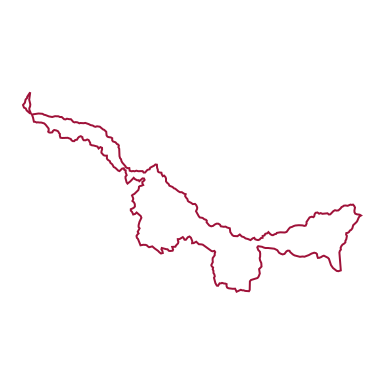 outline of Vereda, Bahia, Brazil
{"feature_id": "56859067B58491495992531", "entity_name": "Vereda", "entity_type": "district", "adm_level": 2, "iso_a3": "BRA", "parent_name": "Brazil", "parent_adm1": "Bahia", "projection": "mercator", "projection_center": [-40.011, -17.127], "detail": "fine", "context": "isolated", "style": "outline", "palette": "rose", "viewbox_px": 384, "rotation_deg": 0, "n_neighbors": 0, "source": "geoboundaries", "source_scale": "gbopen_adm2", "svg_char_len": 6029}
<svg xmlns="http://www.w3.org/2000/svg" viewBox="0 0 384 384"><path d="M161.4,172.7L159.8,172.5L158.5,172.1L157.8,171.0L157.8,169.7L157.1,167.8L156.9,164.7L155.4,164.5L154.2,165.6L150.2,167.7L149.6,169.3L148.2,169.6L147.1,170.2L145.1,172.5L143.6,172.5L142.6,171.1L138.2,171.2L136.4,170.7L134.6,171.3L133.1,171.0L131.6,171.3L129.7,170.7L129.3,168.1L127.9,168.2L126.1,167.5L125.5,166.3L122.3,162.6L121.5,161.2L121.0,159.2L120.1,158.2L119.5,156.2L119.2,148.7L118.4,147.1L118.9,145.8L118.3,144.6L117.2,144.2L115.5,142.3L112.9,141.4L112.2,140.3L112.2,138.2L110.8,137.4L109.0,137.2L107.5,136.7L106.6,135.5L106.2,131.7L104.1,129.8L103.0,129.4L99.8,126.7L97.0,126.3L95.5,126.8L94.3,126.5L92.7,125.5L90.6,125.1L88.7,124.1L85.2,122.9L83.8,123.2L80.4,123.0L79.3,123.3L77.6,122.4L75.7,122.1L74.5,122.4L73.3,121.9L70.9,119.2L69.2,119.2L66.9,118.7L65.6,119.4L64.1,119.2L61.7,117.0L59.9,117.0L58.4,116.3L55.0,116.2L52.2,117.0L48.9,116.4L45.6,115.1L43.9,114.7L42.5,113.8L38.5,113.5L31.9,114.5L33.0,117.5L33.9,121.7L35.4,121.9L36.6,122.5L37.8,122.3L39.3,122.5L41.1,122.5L44.2,123.4L45.6,124.7L48.6,128.5L48.7,130.3L48.2,131.7L49.2,132.5L50.7,132.6L52.3,132.3L53.0,130.9L54.2,130.0L56.5,130.5L58.2,131.4L59.0,133.0L59.9,134.0L59.8,135.6L60.4,137.7L62.3,138.0L67.7,137.8L70.8,139.0L71.5,140.3L72.8,141.1L74.3,141.1L75.2,140.0L77.0,139.7L78.1,137.8L79.2,136.8L80.8,136.2L82.4,137.2L82.5,138.5L83.6,140.2L85.6,140.3L87.2,139.5L88.6,140.0L90.2,142.9L90.3,144.5L91.9,145.3L93.6,145.5L97.5,146.6L98.6,148.5L100.4,147.1L102.0,147.8L102.1,149.4L101.5,151.2L101.4,152.7L103.6,155.2L105.1,155.7L106.9,155.7L106.9,158.6L107.7,159.7L109.9,161.2L110.3,162.7L112.3,164.4L113.7,167.0L115.3,167.8L118.2,170.6L119.5,171.1L122.1,168.6L123.8,168.3L124.3,169.8L125.7,170.4L125.6,172.3L126.7,175.2L125.5,176.6L125.5,178.2L126.6,182.3L127.5,183.6L130.4,181.3L133.7,177.8L134.8,179.0L137.2,180.3L138.6,180.2L139.3,181.2L142.5,178.4L144.0,178.5L144.6,179.9L143.8,180.9L142.3,182.0L142.4,183.5L143.2,185.0L141.3,185.8L140.1,186.0L139.0,186.7L138.8,188.6L138.3,190.1L134.4,193.9L133.0,194.6L132.0,195.4L133.2,198.3L133.1,199.7L132.4,201.0L134.0,202.4L134.8,204.1L134.9,206.5L134.1,207.5L132.5,208.5L130.8,209.2L130.8,210.6L132.1,212.0L133.2,214.5L135.2,213.9L136.6,212.5L140.7,216.0L141.4,217.8L139.5,221.8L138.6,225.2L138.6,227.0L139.6,228.3L137.7,231.8L138.6,233.5L137.5,234.4L136.5,236.0L136.9,237.8L138.0,239.0L140.5,245.3L143.2,244.8L145.6,244.9L146.8,245.3L147.6,246.2L149.1,247.2L152.3,246.4L154.6,248.4L158.1,250.9L159.3,252.2L161.0,253.5L162.8,253.0L162.4,251.0L161.4,249.3L161.8,248.0L166.3,249.2L167.6,249.3L168.7,250.7L170.0,251.0L172.6,250.7L173.1,249.6L172.2,246.9L175.4,246.7L176.0,245.5L178.0,243.4L178.4,241.9L177.9,240.6L177.8,239.1L179.5,239.1L182.8,237.1L183.6,238.0L184.5,239.7L185.8,239.8L187.9,237.2L189.5,236.5L190.9,237.7L192.3,241.2L192.1,243.2L193.7,243.1L196.2,241.7L198.8,244.2L201.5,244.4L202.8,244.7L211.5,251.0L212.7,251.3L214.4,250.9L215.2,252.1L214.7,253.5L214.7,255.3L212.7,258.1L212.6,259.9L212.8,262.1L211.3,265.1L211.8,266.4L213.1,267.5L212.7,269.4L213.4,270.6L213.5,273.1L214.3,274.3L214.8,276.3L214.0,277.8L215.4,283.1L216.8,285.6L218.0,285.8L219.6,283.3L220.9,283.4L222.0,282.9L224.0,283.5L225.4,283.6L226.6,284.1L226.5,285.9L227.1,287.5L228.3,288.2L229.5,288.4L232.8,288.8L235.1,288.7L236.6,291.7L240.8,289.8L242.2,290.3L243.6,290.3L245.1,290.9L249.0,291.2L249.7,289.9L249.9,281.3L251.0,280.0L257.5,278.0L258.6,276.6L259.8,273.5L259.1,269.1L261.5,266.6L261.3,263.1L260.0,260.2L259.7,258.0L260.1,256.8L260.2,253.5L259.9,251.7L258.2,249.9L257.3,247.3L258.2,246.2L262.1,246.8L263.6,247.5L265.4,248.0L268.1,248.0L274.3,248.7L277.3,250.2L279.1,252.8L280.9,253.8L282.7,254.4L284.5,253.9L286.5,251.3L287.9,250.6L289.5,250.8L290.2,252.1L292.8,254.4L294.5,255.4L299.9,256.8L302.6,256.5L304.5,256.7L308.8,255.1L311.5,253.6L314.2,252.7L315.9,253.1L317.0,254.1L317.2,255.9L317.9,257.9L319.4,257.8L321.1,257.1L322.5,256.2L323.9,255.7L327.8,257.7L328.9,258.8L331.0,265.1L333.0,268.0L336.7,270.9L338.4,271.2L340.8,270.4L339.4,252.5L339.9,250.8L340.9,249.6L340.6,247.9L341.3,246.2L342.5,244.6L344.3,243.5L345.4,242.3L345.4,240.9L346.3,239.2L346.9,235.9L346.1,234.6L346.3,233.1L347.8,232.8L349.1,231.9L349.8,230.6L351.1,229.9L352.3,228.4L353.2,225.2L356.4,222.2L357.2,221.1L358.7,217.6L359.5,216.4L361.0,215.5L359.7,214.7L356.9,214.3L355.3,213.7L354.5,212.2L354.4,210.5L355.0,207.5L354.1,205.8L353.0,204.6L351.8,204.9L350.5,204.6L347.7,205.8L345.4,205.5L343.8,205.7L342.8,206.5L341.5,207.1L340.7,208.3L338.4,210.4L336.5,210.6L335.0,210.2L333.4,211.1L330.3,214.3L328.9,214.5L327.5,213.3L322.4,213.8L320.7,213.1L319.1,213.7L317.5,212.5L315.6,212.8L314.6,214.3L314.2,216.4L313.3,217.2L311.9,216.7L309.6,217.4L306.5,222.0L306.6,223.6L305.7,225.6L304.3,225.9L302.6,225.4L298.9,225.2L295.4,225.5L293.8,226.0L291.8,227.0L290.2,227.4L289.0,228.6L286.6,231.9L284.8,232.5L280.2,232.3L276.8,232.9L276.1,233.9L274.7,234.2L273.1,235.1L272.0,235.1L270.5,234.3L268.4,232.1L267.5,233.2L265.3,233.8L264.5,235.4L262.6,236.0L262.6,237.8L260.9,238.1L259.6,239.5L258.1,240.1L256.7,239.8L255.2,239.3L254.3,237.8L252.8,238.3L250.5,240.1L247.9,239.0L245.5,238.4L243.8,237.1L241.8,236.5L239.8,234.5L237.4,236.2L233.8,236.0L232.4,235.2L230.3,232.1L229.8,228.3L227.1,227.5L225.6,226.6L223.8,226.8L220.8,226.3L220.0,224.7L218.3,223.7L216.5,223.7L214.8,224.5L213.0,225.9L211.2,226.3L209.3,225.5L206.6,222.3L206.8,220.7L206.0,219.8L204.2,219.2L202.6,217.9L199.7,217.4L198.7,216.1L196.0,211.2L197.1,208.9L197.2,207.4L196.2,205.1L195.0,203.9L192.8,204.1L191.0,202.8L188.6,201.6L187.8,200.8L187.4,199.1L185.9,197.4L185.1,196.0L185.7,194.2L184.1,193.7L181.8,192.2L180.0,192.2L178.4,191.3L175.2,188.7L173.9,188.3L172.6,187.0L169.4,185.7L168.6,184.0L166.9,182.6L166.0,181.3L166.0,178.5L165.4,177.0L164.1,175.6L162.8,176.2L161.8,174.4L161.4,172.7ZM30.9,113.5L29.4,109.8L29.3,108.3L30.1,106.3L30.3,104.3L29.2,99.7L30.2,92.3L27.2,96.8L27.0,98.1L25.6,99.5L24.9,102.7L23.0,105.0L24.0,107.6L25.8,108.5L26.6,110.4L29.8,113.2L30.9,113.5Z" fill="none" stroke="#9f1239" stroke-width="2"/></svg>